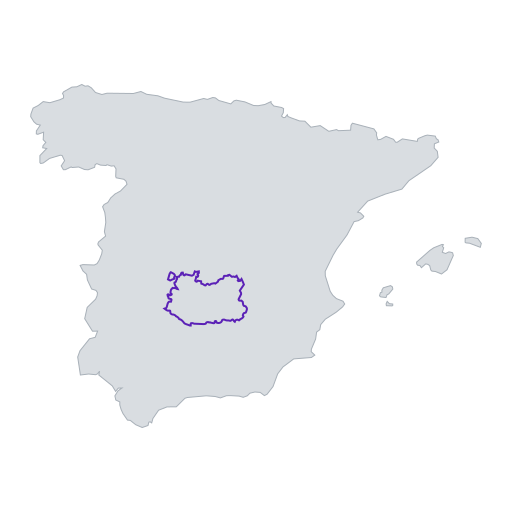 Spain, with Ciudad Real highlighted
{"feature_id": "ESP-5816", "entity_name": "Ciudad Real", "entity_type": "Autonomous Community", "adm_level": 1, "iso_a3": "ESP", "parent_name": "Spain", "parent_adm1": "", "projection": "albers", "projection_center": [-4.048, 38.963], "detail": "fine", "context": "in_parent", "style": "outline", "palette": "violet", "viewbox_px": 512, "rotation_deg": 0, "n_neighbors": 0, "source": "natural_earth", "source_scale": "10m", "svg_char_len": 7892}
<svg xmlns="http://www.w3.org/2000/svg" viewBox="0 0 512 512"><path d="M271.0,101.6L271.1,103.1L273.8,106.0L281.6,107.5L283.6,108.6L283.3,112.7L281.5,116.1L283.3,117.6L285.1,117.5L287.3,114.7L287.9,116.5L291.5,118.0L299.4,120.9L304.9,121.2L310.9,127.2L320.2,125.6L328.8,131.3L336.6,129.6L338.4,130.7L350.6,130.2L351.0,125.3L352.4,123.2L373.9,128.9L376.7,132.9L376.4,135.0L377.8,139.8L380.6,139.4L386.0,136.4L393.5,139.3L395.6,142.2L397.1,142.3L402.4,138.9L417.3,141.4L417.7,139.1L418.7,138.3L424.7,135.8L427.3,135.1L435.2,136.1L436.4,138.8L438.0,139.7L438.8,142.0L434.4,143.8L434.2,148.0L437.3,151.3L438.1,157.3L430.8,165.7L408.9,180.7L401.9,189.1L385.0,194.2L367.7,201.1L357.6,212.2L360.4,212.9L363.8,216.3L362.8,218.0L358.3,220.7L354.1,221.6L347.0,235.0L336.8,249.0L333.1,255.2L325.2,271.3L325.3,275.8L330.2,291.3L332.8,295.3L336.4,298.6L343.0,301.2L344.7,304.0L342.6,306.9L336.3,312.1L325.3,319.2L320.7,324.6L319.8,329.7L316.6,332.1L315.6,339.1L311.4,349.1L311.2,351.7L314.8,355.1L311.4,357.5L293.7,358.9L283.0,366.9L277.7,373.8L273.0,386.6L267.1,394.2L264.4,395.6L260.2,392.4L254.9,392.0L249.9,393.2L247.3,395.8L243.2,397.3L239.1,396.1L230.4,395.6L226.5,395.7L220.4,397.9L215.2,396.5L206.3,395.8L187.3,397.5L184.9,398.3L176.3,406.8L167.0,406.9L158.6,410.2L152.9,418.5L151.7,422.9L150.1,421.8L148.8,422.2L148.0,425.5L142.2,427.5L135.7,424.7L130.3,420.4L127.5,420.1L123.0,413.6L121.1,409.4L119.8,405.0L119.8,401.9L115.8,400.0L114.9,395.9L118.0,390.8L122.0,388.0L118.3,388.1L115.6,391.4L112.3,385.9L98.8,375.0L99.6,371.2L97.3,374.0L95.6,374.7L88.6,374.0L80.4,375.0L77.7,357.0L80.0,350.7L89.5,338.8L95.2,337.3L97.6,331.1L92.5,331.2L84.7,318.7L87.2,307.4L95.6,299.2L97.1,295.8L97.5,292.7L96.0,290.4L91.6,289.0L87.4,279.9L86.6,274.3L83.0,271.0L80.1,265.4L82.9,264.6L94.3,265.0L97.1,263.6L99.3,260.0L101.7,253.9L102.3,250.2L98.0,244.8L97.9,243.6L98.6,241.9L105.6,236.1L104.4,231.7L105.8,222.4L105.4,217.0L104.8,212.5L102.6,206.7L104.2,204.4L107.8,202.5L110.8,197.8L115.0,194.0L120.5,191.0L127.0,184.3L126.0,181.2L123.9,179.3L116.2,177.8L115.7,176.4L116.0,168.9L114.1,165.8L111.3,166.1L107.0,164.7L106.0,165.5L100.5,165.1L96.8,163.6L95.1,164.7L94.6,167.3L88.1,169.8L84.5,169.5L78.7,167.0L72.0,167.5L71.2,166.9L65.3,169.7L63.4,169.7L61.2,165.9L64.6,160.7L62.1,155.5L60.3,155.2L49.6,158.4L43.2,163.0L40.7,163.5L39.9,162.6L39.9,155.6L46.7,148.5L42.7,147.8L43.0,145.7L45.8,142.4L43.2,139.7L43.6,132.2L37.8,134.3L36.3,133.9L36.4,130.9L40.3,125.1L36.6,124.2L33.9,121.8L30.7,116.7L30.9,114.1L33.1,108.1L38.2,105.5L43.2,101.6L49.9,102.7L60.0,99.7L63.5,98.0L63.6,95.5L62.5,93.5L63.6,91.8L71.9,87.1L76.8,86.8L81.8,84.5L85.1,86.2L88.0,85.8L91.3,87.8L95.5,92.5L101.9,94.5L107.1,93.2L133.4,93.5L140.9,91.5L146.7,94.3L157.9,95.8L164.6,98.2L183.3,102.1L190.0,102.2L203.7,98.5L207.4,99.4L212.8,97.5L215.4,97.9L218.8,100.5L230.8,103.9L233.9,100.9L236.3,100.2L244.9,101.9L253.6,105.5L258.2,105.7L264.8,104.5L271.0,101.6ZM442.3,252.3L445.6,253.5L448.9,251.9L450.8,252.2L452.6,252.8L453.3,255.5L447.0,269.8L441.5,274.0L435.4,271.5L431.9,271.1L430.8,270.0L429.7,265.7L428.0,264.4L425.7,263.9L421.4,267.7L419.9,265.5L417.6,265.2L416.7,263.9L416.6,262.1L429.9,250.4L433.7,247.8L442.1,244.4L443.4,244.7L442.4,246.4L443.7,247.8L442.3,252.3ZM481.3,243.4L480.3,247.3L469.5,243.2L466.0,242.9L465.1,242.2L465.2,238.3L472.0,237.2L477.8,238.6L481.3,243.4ZM387.1,294.7L386.0,297.5L380.7,296.9L379.5,295.8L380.4,292.7L381.9,292.2L381.9,290.1L383.3,287.8L390.6,285.6L392.4,286.9L392.8,289.1L388.7,294.0L387.1,294.7ZM392.8,305.3L392.1,305.9L386.4,305.7L386.1,303.9L387.2,301.4L389.4,303.7L392.7,304.0L392.8,305.3Z" fill="#d9dde1" stroke="#a8b0b8" stroke-width="1"/><path d="M243.1,282.5L243.9,284.6L239.8,290.6L241.0,292.8L241.1,293.5L241.1,294.2L238.7,299.0L238.6,299.6L239.0,300.4L239.8,300.7L241.4,300.6L242.7,301.8L243.2,304.8L243.8,305.8L245.6,306.3L246.7,307.8L246.9,308.5L246.9,309.4L246.1,311.9L245.7,312.6L244.0,313.1L243.6,313.5L243.3,313.9L242.8,315.3L243.5,316.5L243.2,317.1L242.8,317.5L242.7,317.7L242.0,318.3L241.4,318.6L241.1,318.8L240.1,319.3L239.9,319.5L239.6,319.8L239.5,320.0L239.4,320.0L239.2,320.1L239.1,320.3L238.8,320.3L238.4,320.1L238.1,319.9L237.8,319.8L237.4,319.7L236.9,319.7L236.5,319.8L235.9,320.1L235.2,320.6L235.0,320.8L235.0,321.4L234.9,321.6L234.8,321.8L234.5,321.6L234.0,321.1L233.2,319.9L232.9,319.6L232.7,319.5L232.4,319.5L231.4,320.1L230.9,320.6L230.5,320.8L230.0,320.8L228.9,320.5L226.5,320.4L225.8,320.2L225.2,320.0L224.5,319.7L224.1,319.6L223.6,319.6L222.8,319.7L222.3,320.0L222.0,320.3L221.9,320.6L221.8,320.9L221.8,321.2L221.6,321.5L221.1,322.1L220.3,322.6L219.4,322.9L219.0,323.0L218.6,323.0L218.0,323.0L216.8,322.7L216.6,322.5L216.5,322.2L216.4,321.9L216.3,321.6L216.2,321.3L216.0,321.1L215.6,321.0L215.2,321.1L214.8,321.3L214.7,321.7L214.6,322.7L214.4,322.9L214.2,323.1L213.8,323.2L213.4,323.2L211.6,322.8L210.9,322.7L210.0,322.3L209.7,322.3L209.2,322.5L208.6,322.3L208.3,322.1L207.9,322.1L207.3,322.1L206.9,322.3L206.3,322.6L206.1,323.0L205.8,323.6L205.1,323.9L203.9,324.1L194.1,323.7L192.8,323.2L192.1,323.1L191.4,323.2L191.1,323.2L190.8,323.5L190.7,323.8L190.7,325.5L190.2,325.5L189.8,325.5L187.5,324.6L187.1,324.5L186.2,324.2L184.7,323.5L184.3,323.2L184.0,322.8L183.3,321.9L182.3,320.8L181.4,320.0L180.9,319.8L180.5,319.4L180.0,319.3L179.7,319.3L179.4,319.2L179.1,319.0L178.8,318.6L178.7,318.2L178.4,317.8L177.2,316.8L176.6,316.6L175.9,316.2L175.8,315.9L175.5,315.6L175.1,315.3L173.7,314.6L173.3,314.5L172.6,314.5L172.1,314.4L171.6,314.2L170.9,313.7L170.5,313.2L170.4,312.8L170.3,312.1L170.3,311.8L170.2,311.1L170.1,310.8L169.8,310.6L168.8,310.6L168.4,310.7L167.6,310.6L166.5,310.1L164.5,308.6L165.0,308.4L165.4,308.3L165.7,308.3L165.9,308.3L166.1,308.2L166.4,307.7L166.8,306.8L167.6,303.8L167.8,303.3L168.3,302.4L168.6,302.1L168.8,301.9L169.1,301.7L169.4,301.6L169.8,301.6L170.7,301.7L171.0,301.7L171.3,300.5L171.5,299.9L171.4,299.4L171.1,299.1L170.2,298.9L168.8,298.5L168.6,298.3L168.5,298.0L168.4,297.7L168.3,297.3L168.3,297.0L168.3,296.7L168.2,296.6L167.8,296.2L167.8,295.9L167.7,295.6L167.6,295.3L167.5,294.9L167.5,294.7L167.8,294.4L168.1,294.3L168.4,294.4L168.7,294.5L169.5,295.0L170.1,295.3L170.5,295.2L170.8,295.1L171.6,294.6L171.7,294.3L171.6,293.9L171.4,293.7L170.8,293.3L170.6,293.1L170.5,292.6L170.5,292.0L170.9,290.2L171.1,289.7L171.2,289.4L171.5,289.2L171.9,288.7L172.2,288.4L172.4,288.1L172.6,287.9L172.9,287.9L173.5,288.1L173.8,288.1L174.1,288.1L174.7,288.0L175.3,288.1L175.6,288.2L175.9,288.4L177.1,289.0L177.7,289.1L177.3,288.3L176.3,287.1L175.9,286.8L175.7,286.5L175.7,286.3L175.1,285.2L174.5,283.6L174.4,283.2L174.4,282.8L174.6,282.4L174.9,282.3L175.3,282.2L175.6,282.0L175.9,281.6L176.4,280.0L177.0,279.1L177.1,278.3L176.6,276.9L179.1,276.7L179.3,276.0L179.7,275.5L180.3,275.0L180.9,274.8L181.0,273.7L181.3,273.0L181.9,272.6L182.8,272.6L183.2,274.6L183.6,275.0L184.0,275.3L184.4,275.4L184.8,275.2L185.0,275.0L185.2,274.6L185.4,274.4L185.7,274.3L191.9,275.7L193.6,274.8L194.8,271.4L196.0,271.9L198.8,271.4L198.8,271.8L198.9,272.7L198.8,273.0L198.4,273.4L198.0,273.5L197.6,273.8L197.5,274.3L197.6,274.6L198.0,275.1L198.2,275.5L198.1,275.9L198.0,276.3L197.5,276.9L196.2,276.7L195.8,278.8L195.3,280.2L195.2,280.6L195.4,281.0L196.2,281.6L196.6,281.7L196.9,281.6L197.7,280.7L201.1,281.3L201.3,283.6L203.5,284.4L204.4,285.2L205.6,285.4L206.5,284.3L207.1,283.9L207.7,283.8L209.2,284.9L209.7,284.9L211.2,283.8L214.3,283.2L215.4,283.6L218.0,281.6L218.3,280.3L220.7,278.9L222.6,278.9L223.1,278.6L223.4,278.0L223.9,276.3L224.2,275.9L227.9,275.8L228.0,275.2L229.4,274.8L231.9,276.8L233.5,276.5L235.0,277.0L236.6,275.8L237.4,277.6L238.7,279.3L237.8,280.4L238.3,281.1L240.1,280.9L241.5,279.0L243.1,282.5ZM170.8,272.2L173.8,273.8L174.5,274.6L174.8,275.1L174.9,275.6L174.1,277.6L174.5,278.3L174.0,278.9L173.7,279.0L172.4,279.4L171.7,279.8L171.4,279.9L171.2,280.0L170.2,280.5L168.0,279.4L169.6,273.9L170.5,272.4L170.8,272.2Z" fill="none" stroke="#5b21b6" stroke-width="2"/></svg>